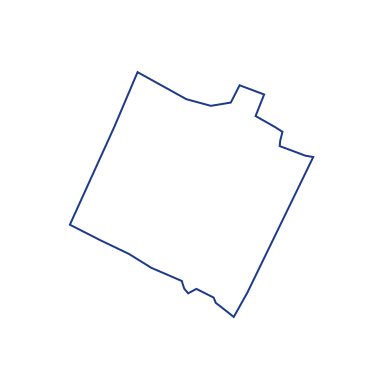 the district of Lolua, Tuvalu, rotated 338°
{"feature_id": "33948139B18682129171458", "entity_name": "Lolua", "entity_type": "district", "adm_level": 2, "iso_a3": "TUV", "parent_name": "Tuvalu", "parent_adm1": "", "projection": "robinson", "projection_center": [176.115, -5.674], "detail": "fine", "context": "isolated", "style": "outline", "palette": "blue", "viewbox_px": 384, "rotation_deg": 338, "n_neighbors": 0, "source": "geoboundaries", "source_scale": "gbopen_adm2", "svg_char_len": 510}
<svg xmlns="http://www.w3.org/2000/svg" viewBox="0 0 384 384"><g transform="rotate(338 192 192)"><path d="M66.5,176.6L89.3,202.8L110.4,225.9L125.9,247.1L149.3,270.8L148.9,273.5L148.6,278.8L150.5,284.5L159.8,283.5L172.5,298.0L172.5,303.7L177.3,311.9L183.9,323.5L205.8,305.9L317.5,205.0L310.6,200.7L290.5,182.3L293.0,177.5L298.4,170.1L293.0,162.5L279.4,145.4L295.4,128.6L276.1,110.9L261.5,123.6L241.8,119.2L221.5,103.8L186.4,60.5L144.9,102.0L66.5,176.6Z" fill="none" stroke="#1e3a8a" stroke-width="2"/></g></svg>